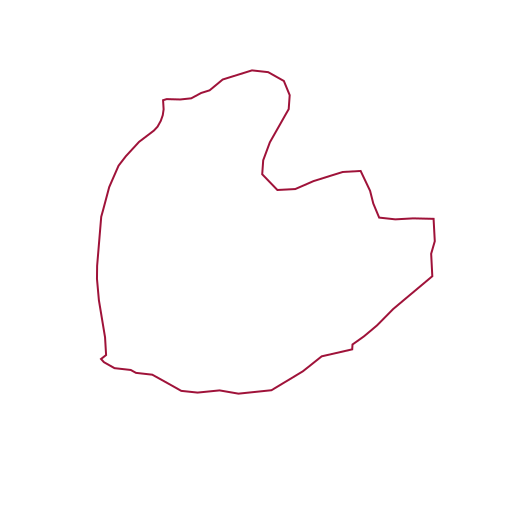 outline of Ichon, Kangwŏn-do, North Korea, rotated 29°
{"feature_id": "82179303B59888018028618", "entity_name": "Ichon", "entity_type": "district", "adm_level": 2, "iso_a3": "PRK", "parent_name": "North Korea", "parent_adm1": "Kangwŏn-do", "projection": "albers", "projection_center": [126.851, 38.503], "detail": "fine", "context": "isolated", "style": "outline", "palette": "rose", "viewbox_px": 512, "rotation_deg": 29, "n_neighbors": 0, "source": "geoboundaries", "source_scale": "gbopen_adm2", "svg_char_len": 996}
<svg xmlns="http://www.w3.org/2000/svg" viewBox="0 0 512 512"><g transform="rotate(29 256 256)"><path d="M385.4,291.0L383.3,286.6L389.4,273.9L395.5,258.0L401.7,235.8L407.8,219.9L420.0,188.2L408.1,169.1L405.2,156.4L393.3,137.4L375.2,146.9L360.1,156.4L345.1,162.7L333.1,153.2L324.2,143.7L306.3,130.9L291.2,140.4L282.1,149.9L270.0,162.6L257.9,178.4L242.7,187.9L221.8,181.5L215.9,168.8L213.0,149.8L213.2,130.7L213.3,118.0L213.4,111.7L207.5,99.0L195.5,89.4L177.5,89.3L162.5,95.6L147.3,111.5L141.3,117.8L135.1,133.6L129.0,140.0L122.9,149.5L113.9,155.8L101.8,162.1L99.2,164.8L104.1,172.5L106.2,178.1L107.2,184.0L107.2,190.6L105.9,195.8L98.4,212.8L93.8,231.8L92.0,243.6L94.2,266.9L100.0,290.0L101.6,296.7L121.8,341.6L128.0,353.1L140.0,370.8L163.4,400.3L172.9,415.3L170.4,421.2L174.5,422.6L186.6,422.7L201.7,416.4L207.7,416.4L222.8,410.1L240.9,410.1L256.0,410.2L271.1,403.8L289.3,391.2L307.4,384.9L334.6,365.9L352.9,334.1L362.1,311.9L385.4,291.0Z" fill="none" stroke="#9f1239" stroke-width="2"/></g></svg>